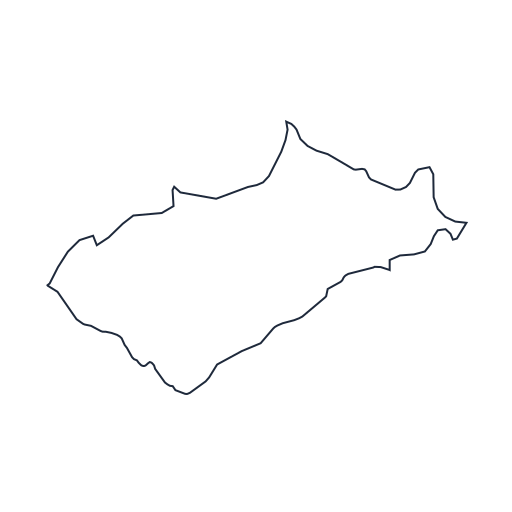 the Province of North Lebanon, rotated 26°
{"feature_id": "LBN-3023", "entity_name": "North Lebanon", "entity_type": "Province", "adm_level": 1, "iso_a3": "LBN", "parent_name": "Lebanon", "parent_adm1": "", "projection": "equal_earth", "projection_center": [36.058, 34.42], "detail": "fine", "context": "isolated", "style": "outline", "palette": "slate", "viewbox_px": 512, "rotation_deg": 26, "n_neighbors": 0, "source": "natural_earth", "source_scale": "10m", "svg_char_len": 1742}
<svg xmlns="http://www.w3.org/2000/svg" viewBox="0 0 512 512"><g transform="rotate(26 256 256)"><path d="M373.0,100.1L379.5,104.8L389.9,125.3L398.7,134.0L409.1,137.9L420.0,137.7L430.6,133.9L428.9,152.3L425.8,155.0L421.1,150.8L414.6,148.8L408.1,153.2L407.2,160.2L407.8,168.7L405.8,177.9L397.3,185.3L385.2,192.4L377.9,201.0L382.3,210.0L382.1,210.0L372.9,211.3L367.4,213.7L366.4,215.0L346.8,231.6L345.1,234.1L344.7,235.0L344.4,236.0L344.2,237.1L344.2,239.7L343.9,240.9L343.3,242.3L334.9,254.2L336.7,261.4L336.3,262.8L324.2,290.1L322.1,293.0L318.5,296.9L309.5,304.7L305.7,309.1L304.1,311.5L303.3,313.5L298.4,332.4L284.9,347.7L268.6,370.6L267.1,385.7L265.7,390.8L256.6,407.9L254.8,410.0L253.8,410.6L252.5,411.0L242.4,411.9L238.2,409.5L235.5,410.4L232.6,410.2L229.6,409.6L214.9,401.7L212.5,399.2L211.7,398.7L209.4,397.8L208.2,397.7L207.0,397.9L206.0,399.7L204.9,402.5L204.1,403.6L203.1,404.2L201.8,404.5L200.7,404.5L197.4,403.4L194.7,402.0L191.5,402.2L189.0,401.3L180.3,395.2L176.9,393.5L171.4,388.9L169.0,388.1L165.7,387.8L159.8,388.5L154.3,389.9L151.2,391.3L149.2,391.5L138.3,391.1L132.0,392.7L130.4,392.8L122.4,391.5L93.3,375.2L81.9,374.0L81.4,373.7L82.6,371.1L82.9,352.8L85.0,334.6L90.4,319.1L100.7,309.2L108.2,316.1L115.4,303.9L122.1,285.4L128.0,273.4L152.4,258.7L160.0,247.3L152.1,233.3L152.1,229.6L160.2,232.0L195.1,222.0L218.5,197.5L225.6,191.9L230.1,186.7L232.6,178.5L233.0,151.2L231.7,138.9L229.0,128.6L224.3,122.0L229.9,121.8L233.8,123.0L237.0,124.6L244.6,131.4L254.2,134.5L264.2,134.8L275.8,133.0L286.7,133.8L305.9,135.3L307.8,134.7L313.1,131.2L315.7,130.5L317.9,131.5L323.1,135.8L325.8,136.8L352.3,135.2L356.6,133.0L360.6,128.2L362.3,122.9L362.4,111.5L363.9,107.1L373.0,100.1Z" fill="none" stroke="#1e293b" stroke-width="2"/></g></svg>